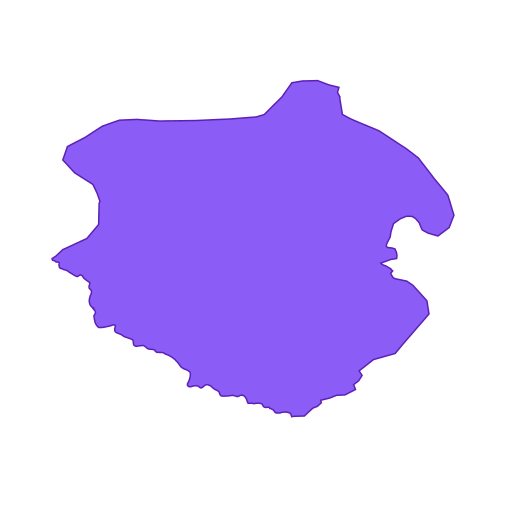 Al Haymah Ad Dakhiliyah, Sana'a, Yemen, rotated 261°
{"feature_id": "15242507B54725687699919", "entity_name": "Al Haymah Ad Dakhiliyah", "entity_type": "district", "adm_level": 2, "iso_a3": "YEM", "parent_name": "Yemen", "parent_adm1": "Sana'a", "projection": "equal_earth", "projection_center": [43.819, 15.276], "detail": "fine", "context": "isolated", "style": "filled", "palette": "violet", "viewbox_px": 512, "rotation_deg": 261, "n_neighbors": 0, "source": "geoboundaries", "source_scale": "gbopen_adm2", "svg_char_len": 5219}
<svg xmlns="http://www.w3.org/2000/svg" viewBox="0 0 512 512"><g transform="rotate(261 256 256)"><path d="M285.4,54.2L284.6,54.1L283.7,54.5L283.3,55.0L283.1,55.7L282.4,56.8L281.3,57.6L280.8,60.1L280.1,60.6L279.5,60.5L278.3,60.0L276.7,60.0L275.3,60.1L274.5,61.2L274.3,61.1L273.4,63.0L272.6,64.0L272.1,65.4L271.4,66.7L270.4,67.8L269.4,68.8L268.0,70.4L267.0,71.7L265.9,72.9L265.0,74.0L264.2,75.1L263.6,76.5L264.2,77.9L264.9,79.2L264.3,80.5L263.3,81.5L262.0,82.0L260.6,82.7L259.6,83.9L258.5,84.7L257.3,86.1L256.3,87.0L255.2,87.7L254.0,87.2L252.9,86.6L251.5,86.2L249.9,86.3L249.5,86.6L248.9,87.3L247.6,87.9L246.5,87.9L246.3,87.9L244.9,87.5L243.7,86.8L242.5,86.0L241.2,85.4L240.0,84.9L239.7,84.8L238.8,84.5L237.4,84.2L236.2,84.2L234.9,84.3L233.3,84.6L232.1,85.3L231.0,86.1L230.6,86.3L230.3,86.8L230.3,86.5L229.7,86.8L228.4,87.5L227.0,88.4L225.8,88.7L225.7,88.7L224.5,88.3L223.4,87.5L222.3,86.5L221.1,86.5L219.5,86.5L218.2,86.5L217.5,86.6L216.8,86.6L215.5,86.7L215.1,86.8L214.3,87.0L213.1,87.4L211.9,88.0L210.5,89.0L210.1,89.3L209.6,91.4L209.5,92.9L209.4,94.5L209.5,96.1L209.6,98.0L209.7,100.0L209.8,101.6L210.2,103.2L210.3,104.7L209.7,106.1L209.3,106.1L208.4,106.0L207.2,105.5L206.0,104.9L204.6,104.8L203.3,105.1L202.1,106.2L201.1,107.8L200.3,109.2L199.4,110.7L198.4,111.7L197.5,112.7L196.6,113.8L195.8,115.5L195.1,116.8L194.1,118.6L193.4,119.9L192.4,121.2L191.1,121.4L189.8,121.3L188.6,121.2L187.4,121.3L186.3,122.1L185.5,123.5L185.5,125.3L185.5,127.1L185.4,128.7L185.3,130.4L184.7,131.5L183.3,132.9L182.1,133.8L181.0,135.2L180.5,136.6L180.2,138.2L179.7,139.8L179.4,140.4L179.3,140.5L179.0,141.4L177.7,141.6L176.5,142.8L176.1,144.3L176.0,144.9L175.7,146.2L175.4,148.0L174.8,149.6L174.3,150.1L173.5,150.9L172.7,152.3L171.9,153.7L170.9,155.1L170.7,155.3L169.8,156.4L169.2,157.1L168.8,157.6L167.7,158.5L166.6,159.7L165.4,160.4L165.2,160.5L164.1,161.4L163.4,161.8L162.8,162.2L161.6,162.8L160.4,163.4L159.3,163.9L158.0,164.7L156.9,165.9L155.9,167.0L155.0,168.6L154.2,170.0L153.0,171.4L151.7,172.6L150.4,172.8L149.2,172.6L147.8,172.3L146.6,171.9L145.4,171.4L144.0,170.7L142.8,170.0L141.6,169.1L140.3,168.2L139.0,168.1L137.9,168.7L137.1,170.1L137.1,171.7L137.4,173.5L137.4,175.3L137.0,177.5L136.3,178.8L135.2,179.6L134.3,180.9L134.5,182.5L135.3,183.6L136.0,184.8L136.7,186.5L136.4,188.3L135.5,189.7L134.6,191.1L133.5,191.9L132.3,192.9L131.2,193.9L130.3,195.0L129.5,196.3L128.4,197.5L127.2,198.4L126.0,198.5L124.8,198.7L123.5,199.4L122.9,200.9L122.7,202.0L122.6,202.6L122.4,204.2L122.2,206.0L122.1,207.8L122.1,209.3L122.0,210.9L121.5,212.6L120.8,214.0L120.0,215.6L120.3,217.1L120.8,218.7L120.7,220.5L120.1,221.9L119.0,222.8L117.8,223.6L116.3,224.1L115.0,224.4L113.7,224.6L112.4,224.9L111.7,225.2L111.5,227.2L111.3,228.7L110.5,230.6L110.5,232.6L110.4,234.2L110.2,235.7L109.7,237.2L109.1,238.7L107.9,239.2L106.7,239.6L105.5,240.4L104.8,242.1L104.8,243.8L104.5,245.4L103.4,245.6L103.1,246.4L102.1,247.9L101.3,248.9L100.8,249.3L98.7,250.3L97.8,251.4L97.2,255.3L97.5,256.4L97.5,259.2L97.0,261.8L95.8,264.6L94.3,265.8L93.0,265.9L91.9,266.1L91.7,266.1L91.7,268.6L91.5,270.2L90.4,278.8L92.7,282.1L94.9,285.4L96.9,288.5L97.9,293.1L100.8,297.6L103.4,297.3L104.1,306.2L105.8,313.8L104.9,322.2L108.3,332.5L108.6,333.4L113.7,332.3L116.6,337.8L121.4,342.1L126.4,339.9L135.3,355.8L137.9,377.6L137.9,377.8L138.0,378.3L145.6,386.9L150.6,392.8L169.2,414.9L171.7,417.8L185.1,417.8L185.2,417.7L191.0,413.9L197.2,409.9L199.1,408.6L202.5,406.4L207.6,401.0L209.7,395.5L211.7,390.1L213.0,388.2L215.6,387.0L217.9,386.3L219.9,388.7L221.2,387.5L222.1,387.3L225.9,382.7L227.6,379.6L228.5,378.8L229.4,378.2L230.4,383.2L231.5,388.6L231.5,394.5L232.4,394.8L234.3,395.3L237.4,395.3L241.2,394.4L242.6,391.7L243.9,387.1L245.6,386.2L247.7,387.1L248.8,387.9L254.0,391.6L255.6,392.1L258.2,392.9L259.5,393.4L263.6,395.5L266.5,396.9L270.3,404.6L271.5,409.8L271.7,410.7L271.7,410.9L270.7,416.4L268.0,419.5L266.9,420.1L263.5,422.3L257.6,423.7L256.2,424.1L255.6,424.4L251.7,429.5L248.8,435.6L247.3,438.8L253.7,450.9L253.8,451.2L261.3,455.5L264.4,457.4L265.3,457.9L271.5,457.0L280.7,455.8L281.7,455.6L286.1,455.0L299.1,447.4L304.7,444.0L305.4,443.7L312.2,440.0L317.0,437.4L323.0,434.1L327.5,431.7L329.6,429.6L330.3,429.0L338.9,420.8L342.9,416.3L347.0,411.8L351.6,406.8L358.2,399.5L360.3,397.2L362.9,393.1L365.9,388.2L371.9,378.4L372.5,377.5L376.1,371.7L380.2,366.2L381.8,364.1L382.3,363.5L398.9,363.4L399.6,363.7L399.9,363.8L400.1,363.7L404.9,362.1L409.6,364.3L413.4,355.2L415.0,352.3L419.6,344.3L420.6,336.7L421.5,329.9L421.6,329.4L421.6,326.5L421.5,318.5L419.7,316.8L409.0,306.4L403.6,298.9L403.0,298.0L395.2,287.3L394.4,286.2L393.3,278.0L394.0,269.7L395.2,254.0L395.3,252.3L396.9,238.5L397.6,232.1L399.3,217.0L399.9,213.0L400.0,212.5L400.6,208.0L402.5,194.9L403.0,191.8L404.4,181.7L407.6,168.2L408.2,165.3L409.5,160.0L411.5,142.4L411.3,141.1L409.9,133.4L408.3,124.7L406.4,120.3L400.4,106.9L399.9,105.8L395.1,91.3L393.6,86.9L385.4,82.5L381.1,80.2L367.1,89.5L366.6,89.8L352.2,106.1L342.8,108.9L338.4,109.7L336.6,110.0L335.9,110.2L334.5,110.4L334.3,110.3L332.6,109.3L311.7,105.5L302.4,94.7L299.7,91.6L298.8,88.2L294.1,71.8L293.4,69.4L293.4,69.2L293.0,68.0L292.6,66.3L292.6,66.2L287.3,58.5L287.2,58.4L285.4,54.2Z" fill="#8b5cf6" stroke="#5b21b6" stroke-width="1.5"/></g></svg>